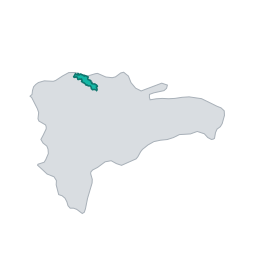 San Felipe de Puerto Plata, Puerto Plata, Dominican Republic shown in context, rotated 344°
{"feature_id": "3306468B57439307714728", "entity_name": "San Felipe de Puerto Plata", "entity_type": "district", "adm_level": 2, "iso_a3": "DOM", "parent_name": "Dominican Republic", "parent_adm1": "Puerto Plata", "projection": "robinson", "projection_center": [-70.701, 19.686], "detail": "fine", "context": "in_parent", "style": "filled", "palette": "teal", "viewbox_px": 256, "rotation_deg": 344, "n_neighbors": 0, "source": "geoboundaries", "source_scale": "gbopen_adm2", "svg_char_len": 4430}
<svg xmlns="http://www.w3.org/2000/svg" viewBox="0 0 256 256"><g transform="rotate(344 128 128)"><path d="M43.0,172.9L43.3,162.9L44.7,158.8L43.4,154.5L37.5,149.9L34.0,144.0L30.8,138.8L31.5,138.0L37.9,137.8L40.1,135.9L44.4,130.6L45.3,126.3L45.0,123.0L42.2,119.1L41.1,115.0L44.5,111.5L49.1,106.3L49.7,104.3L49.6,102.3L44.3,96.8L44.0,94.4L46.4,88.5L46.2,84.5L43.8,72.2L42.6,70.4L45.0,69.3L46.5,65.7L48.6,62.4L51.3,60.7L54.4,59.6L60.5,59.6L69.0,62.5L71.4,62.4L79.6,59.9L86.4,58.4L92.7,60.1L95.3,62.3L100.6,65.8L103.2,66.9L111.5,66.8L113.8,67.1L120.8,72.9L126.7,75.3L130.1,75.4L136.2,73.1L139.2,73.2L142.7,78.2L143.4,85.3L146.3,91.8L150.8,96.0L172.8,94.2L177.7,97.6L176.0,100.5L172.9,102.0L162.5,101.3L157.9,101.6L157.0,104.4L157.0,107.0L163.1,107.7L169.1,109.0L175.2,111.1L181.4,112.5L188.4,113.4L195.3,114.9L206.8,120.1L219.6,131.7L223.0,134.3L225.2,138.0L224.2,142.5L219.7,149.8L217.1,152.2L213.3,153.6L210.8,156.6L208.3,161.8L206.8,162.2L205.0,162.0L202.0,159.1L199.8,154.6L193.6,150.4L186.3,150.9L175.6,148.5L169.1,149.7L162.6,149.9L155.9,148.7L149.2,148.2L142.5,149.8L136.1,152.5L133.7,154.2L129.5,158.4L127.3,159.9L111.5,162.1L107.0,159.0L102.8,154.8L96.7,154.2L87.9,157.5L82.4,158.6L80.2,160.0L79.5,161.6L79.5,167.5L78.3,171.0L69.7,184.5L64.8,194.0L62.8,196.9L60.5,197.6L56.3,192.1L53.6,190.1L50.3,189.1L48.9,186.2L48.9,182.1L48.1,178.1L46.0,175.0L43.0,172.9Z" fill="#d9dde1" stroke="#a8b0b8" stroke-width="1"/><path d="M109.9,79.6L110.0,79.6L110.1,79.2L109.9,79.0L109.9,78.8L109.6,78.5L109.6,78.4L109.6,78.1L109.6,77.9L109.4,77.8L109.3,77.7L108.7,77.3L108.7,77.2L108.6,76.9L108.4,76.6L108.1,76.6L107.9,76.5L107.8,76.3L107.6,76.2L107.1,76.2L106.8,76.1L106.4,76.0L106.2,75.7L105.9,75.5L105.6,75.4L105.4,75.3L105.3,75.1L105.4,74.9L105.6,74.7L105.9,74.4L105.9,74.2L105.7,74.0L105.4,73.7L105.2,73.5L105.1,73.3L105.1,73.1L105.1,72.9L105.3,72.4L105.2,72.3L105.1,72.1L104.9,72.0L104.8,71.7L104.7,71.6L104.5,71.8L104.4,71.8L104.2,71.5L104.2,71.4L103.5,70.7L103.4,70.7L103.1,70.6L102.9,70.3L102.8,70.1L102.8,69.7L103.0,69.1L103.2,68.9L103.3,68.6L103.5,68.5L103.7,68.2L103.8,67.8L103.9,67.6L103.9,67.4L103.9,67.5L103.5,67.6L103.4,67.6L103.2,67.5L103.1,67.4L103.1,67.2L102.9,67.0L102.6,67.1L102.4,67.0L102.4,66.9L102.2,66.7L102.0,66.3L101.9,66.3L101.8,66.2L101.7,66.2L101.4,65.9L101.2,65.9L101.0,65.7L100.9,65.7L100.7,65.6L100.6,65.4L100.4,65.4L100.3,65.2L100.2,65.2L99.9,65.3L100.0,65.4L99.9,65.4L99.9,65.5L99.8,65.4L99.8,65.5L99.7,65.5L99.6,65.4L99.5,65.2L99.6,64.9L99.4,64.7L99.1,64.5L99.0,64.4L98.9,64.4L98.7,64.3L98.6,64.2L98.4,64.2L98.3,63.9L98.2,63.7L97.9,63.5L97.8,63.4L97.7,63.4L97.5,63.1L97.4,63.1L97.2,63.0L96.9,63.1L96.7,63.1L96.5,63.3L96.4,63.3L96.1,63.2L96.0,63.3L95.9,63.4L95.9,63.5L95.7,63.6L95.4,63.5L95.4,63.4L95.4,63.2L95.5,63.1L95.7,62.9L95.6,62.7L95.4,62.5L95.3,62.4L95.3,62.2L95.2,62.1L95.0,61.8L94.9,61.9L95.0,62.0L94.7,62.2L94.6,62.5L94.3,62.7L94.0,62.9L94.0,63.0L93.9,63.0L93.8,62.9L93.7,62.9L93.6,62.6L93.3,62.3L92.9,62.0L92.8,61.8L92.7,61.5L92.6,61.4L92.3,61.5L92.0,61.6L91.9,61.7L91.7,62.0L91.4,62.4L91.3,62.6L91.2,62.7L90.7,63.0L90.3,63.4L90.0,63.5L89.9,63.6L89.9,63.8L89.9,64.0L90.0,64.2L90.4,64.4L90.7,64.7L90.9,64.7L91.1,64.7L91.4,64.6L91.5,64.5L91.8,64.8L92.3,64.9L92.5,64.8L92.7,64.7L92.8,64.8L93.0,65.1L93.1,65.5L93.2,65.8L93.1,66.1L93.1,66.3L93.2,66.7L93.2,67.4L93.2,67.5L93.3,67.6L93.7,67.7L93.9,67.8L94.2,67.8L94.4,67.8L94.8,67.5L95.0,67.5L95.2,67.8L95.6,68.0L96.1,68.0L96.3,68.0L96.6,68.0L96.8,68.1L96.8,68.3L96.8,68.9L96.9,69.0L97.0,69.3L97.0,69.6L96.9,69.7L96.6,70.0L96.3,70.1L96.2,70.2L96.2,70.3L96.2,70.7L96.5,70.8L96.8,71.0L97.0,71.1L97.1,71.3L97.2,71.7L97.2,71.8L97.3,72.0L97.5,72.2L97.7,72.3L98.1,72.3L98.4,72.7L98.4,73.0L98.5,73.1L99.0,73.7L99.1,73.9L99.2,74.1L99.2,74.5L99.4,75.1L99.7,75.4L99.8,75.4L99.9,75.2L100.0,75.1L100.3,75.1L100.5,75.3L100.8,75.7L101.1,76.3L101.3,76.5L101.7,76.5L102.0,76.8L102.6,76.9L102.9,77.0L103.2,77.0L103.3,77.1L103.6,77.5L103.6,78.2L103.6,78.3L103.7,78.5L103.9,78.7L103.9,78.9L103.9,79.2L103.9,79.5L103.7,79.7L103.6,79.8L103.6,80.1L103.9,80.3L104.0,80.5L104.1,81.0L104.3,81.3L104.5,81.5L104.8,81.5L105.6,81.5L105.8,81.6L106.1,81.7L106.5,81.7L106.7,81.8L106.8,82.0L107.4,82.4L107.7,82.7L107.9,82.8L108.3,83.1L108.3,83.3L108.5,83.2L108.7,82.8L108.7,82.7L108.9,82.5L109.0,81.9L108.9,81.6L108.9,81.4L108.9,81.2L108.9,80.9L108.8,80.7L108.8,80.2L108.9,79.9L109.0,79.8L109.4,79.8L109.5,79.6L109.9,79.6Z" fill="#14b8a6" stroke="#0f766e" stroke-width="1.5"/></g></svg>